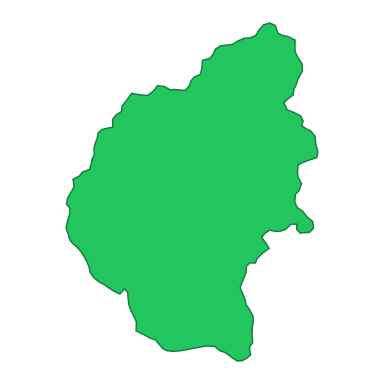 Araújos, Minas Gerais, Brazil (Albers equal-area conic projection)
{"feature_id": "56859067B13724994892972", "entity_name": "Araújos", "entity_type": "district", "adm_level": 2, "iso_a3": "BRA", "parent_name": "Brazil", "parent_adm1": "Minas Gerais", "projection": "albers", "projection_center": [-45.174, -19.885], "detail": "fine", "context": "isolated", "style": "filled", "palette": "green", "viewbox_px": 384, "rotation_deg": 0, "n_neighbors": 0, "source": "geoboundaries", "source_scale": "gbopen_adm2", "svg_char_len": 2203}
<svg xmlns="http://www.w3.org/2000/svg" viewBox="0 0 384 384"><path d="M275.3,25.6L269.8,23.0L263.6,24.8L259.3,29.6L255.8,35.4L250.1,37.9L244.2,38.3L237.4,41.2L232.4,44.4L226.5,45.1L220.5,45.9L215.3,49.2L213.2,53.9L210.0,58.3L202.5,60.3L202.0,67.1L200.6,74.3L194.5,76.9L190.9,80.9L189.4,85.7L185.2,90.4L179.1,90.0L174.8,89.5L170.1,89.8L164.4,86.5L157.5,85.7L153.5,91.0L148.0,95.3L141.2,95.0L135.9,94.1L131.7,93.3L128.3,98.0L125.3,102.0L122.0,106.2L121.7,111.2L116.1,115.0L112.6,119.4L112.9,127.1L106.8,128.3L101.9,129.5L98.1,133.0L97.1,138.6L95.2,143.4L94.0,148.7L94.3,154.4L91.9,159.7L91.2,164.4L89.3,169.6L82.7,171.9L79.5,175.9L73.0,179.2L74.2,186.4L71.1,192.3L67.7,198.1L66.4,204.1L69.7,207.8L69.7,213.9L67.6,220.5L66.1,228.2L68.3,234.1L69.7,239.6L72.5,243.3L77.0,247.2L80.9,251.4L84.1,256.5L86.8,261.3L88.9,266.6L90.6,273.3L94.4,278.2L99.1,281.9L103.6,284.3L108.0,287.2L113.4,290.9L119.9,294.0L124.6,288.7L127.7,292.7L128.2,299.0L128.9,304.8L131.4,311.6L134.3,317.1L136.4,322.1L136.1,331.0L143.8,334.6L150.0,338.0L155.7,340.1L159.7,344.9L163.2,348.9L167.2,350.7L172.9,351.3L179.1,350.9L184.0,350.2L189.5,349.1L195.6,347.9L200.0,347.1L206.3,346.0L214.6,346.3L220.1,350.9L224.3,352.1L228.3,354.7L233.1,358.4L237.3,361.0L242.0,360.7L246.1,358.7L250.6,354.9L249.4,347.3L252.7,342.6L252.0,334.5L252.3,327.2L253.2,322.2L253.2,316.9L250.0,310.3L246.1,304.5L244.9,298.9L242.8,293.7L240.1,288.0L241.7,283.2L243.7,278.6L246.1,272.4L246.4,266.3L249.7,262.9L255.3,263.0L257.2,258.5L262.0,253.6L269.1,248.3L265.0,242.0L261.7,237.3L265.0,233.2L269.8,230.1L275.0,231.4L280.2,231.3L285.7,229.2L291.1,224.2L296.9,224.2L296.7,229.3L300.1,233.0L304.6,232.7L309.6,232.3L313.5,228.2L312.8,221.6L306.7,216.6L302.7,211.3L297.2,207.6L294.8,202.3L295.3,194.5L299.2,190.5L301.5,183.5L298.0,177.1L297.5,171.3L298.1,165.0L302.2,162.8L307.0,160.8L312.5,159.0L316.9,157.5L317.9,151.5L315.7,144.1L315.2,136.4L310.8,131.1L305.3,128.3L301.5,125.2L303.2,121.0L300.6,116.0L292.7,111.9L287.1,109.9L284.0,102.5L288.3,98.6L293.2,94.8L293.9,89.2L296.1,85.0L298.0,79.0L302.5,70.8L302.0,63.8L297.7,57.3L295.0,51.4L295.0,45.4L295.1,40.1L288.2,36.6L282.4,35.4L277.8,33.1L275.3,25.6Z" fill="#22c55e" stroke="#15803d" stroke-width="1.5"/></svg>